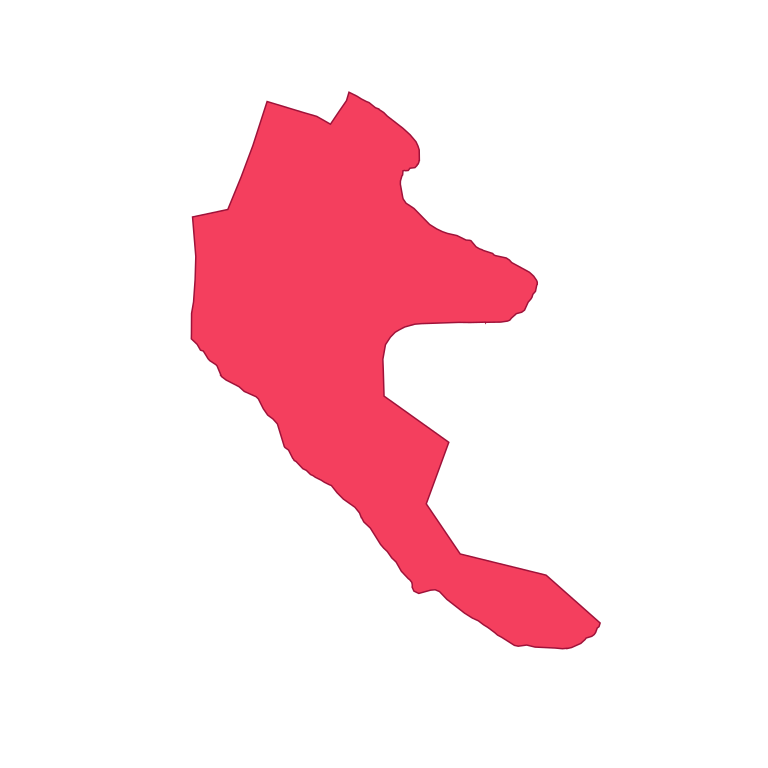 Pango, Shefa, Vanuatu (Mercator projection), rotated 255°
{"feature_id": "77236927B36499931511312", "entity_name": "Pango", "entity_type": "district", "adm_level": 2, "iso_a3": "VUT", "parent_name": "Vanuatu", "parent_adm1": "Shefa", "projection": "mercator", "projection_center": [168.281, -17.771], "detail": "fine", "context": "isolated", "style": "filled", "palette": "rose", "viewbox_px": 768, "rotation_deg": 255, "n_neighbors": 0, "source": "geoboundaries", "source_scale": "gbopen_adm2", "svg_char_len": 2540}
<svg xmlns="http://www.w3.org/2000/svg" viewBox="0 0 768 768"><g transform="rotate(255 384 384)"><path d="M477.5,209.6L470.6,213.8L464.2,215.5L462.6,218.0L458.7,219.2L453.9,220.6L451.6,221.8L446.2,226.6L444.8,227.4L434.6,228.8L434.6,228.5L433.1,229.1L428.7,232.5L418.9,243.3L413.0,247.1L404.8,257.2L402.1,258.8L391.4,261.0L384.1,263.6L382.2,265.1L379.1,267.6L376.0,269.2L373.0,270.7L349.4,271.5L348.3,271.9L344.9,274.7L335.8,276.6L334.6,277.2L333.4,277.4L331.9,279.0L323.2,283.7L320.7,286.6L315.6,289.6L313.8,291.8L311.6,293.6L307.3,298.5L304.5,301.0L300.8,305.2L299.6,306.9L291.0,310.6L283.3,315.0L272.5,324.0L265.7,327.0L260.7,327.5L260.6,327.8L256.0,328.8L248.4,333.5L229.8,339.2L225.4,341.3L221.4,343.8L214.0,346.5L208.9,349.6L198.6,352.3L189.3,357.3L188.7,358.0L185.2,359.5L182.5,359.3L180.4,358.6L176.2,359.3L172.7,363.4L172.8,375.7L172.0,380.2L169.1,383.9L159.7,389.0L141.8,402.5L135.0,408.8L130.9,413.8L125.7,417.8L122.1,421.2L115.1,426.7L112.1,428.7L108.9,432.1L97.8,442.3L96.0,445.8L94.9,454.3L90.8,461.8L84.6,481.2L82.1,487.9L81.4,492.2L81.1,492.2L80.9,497.0L82.5,507.0L85.2,512.2L86.3,513.5L86.5,519.4L87.6,522.2L89.2,524.1L93.1,526.8L93.9,528.8L94.3,529.1L97.2,530.9L157.4,491.1L200.1,413.6L257.3,393.8L310.9,431.5L372.3,380.9L397.2,386.8L408.2,389.3L421.6,395.6L427.6,402.3L431.1,408.2L432.4,412.9L433.7,418.7L433.8,429.3L432.6,435.9L424.1,472.5L421.1,483.1L417.5,497.9L417.0,498.0L417.3,498.2L413.6,512.8L412.8,519.6L413.1,522.0L414.7,524.2L417.7,530.1L417.7,535.6L419.0,538.9L425.7,544.4L428.0,547.8L429.5,549.4L432.1,551.0L434.3,554.3L439.9,557.1L440.5,557.8L442.7,558.4L444.6,558.2L449.4,556.5L454.3,553.4L468.2,538.8L471.3,537.2L474.1,534.7L479.2,524.8L480.1,523.7L482.0,522.7L487.3,514.5L488.4,513.4L489.8,511.3L492.7,508.4L499.9,505.1L500.6,504.0L501.8,500.5L508.5,492.9L513.0,484.3L516.0,479.9L520.3,474.9L525.7,469.9L526.2,469.4L545.8,458.4L552.9,452.1L557.7,450.4L558.1,450.4L559.5,450.4L572.7,451.5L575.8,452.4L580.3,455.1L581.1,456.1L585.0,457.5L585.0,458.9L584.4,460.1L584.0,462.7L585.7,465.0L585.0,469.9L586.6,472.6L587.5,473.0L587.6,473.9L589.6,475.3L590.7,475.7L590.7,476.0L601.0,478.6L605.1,478.4L609.7,477.6L618.0,473.7L626.1,468.5L641.9,456.5L646.3,454.0L650.4,450.3L650.9,450.3L653.1,447.2L659.7,442.4L661.4,440.1L665.2,435.9L668.9,432.5L674.9,425.7L667.4,421.1L658.8,411.0L648.8,399.5L659.9,388.3L667.1,376.4L687.1,344.2L648.3,319.1L621.1,299.7L593.0,278.3L594.9,242.3L555.8,235.2L533.8,228.6L512.6,221.3L502.0,216.4L482.3,211.0L477.5,209.6Z" fill="#f43f5e" stroke="#9f1239" stroke-width="1.5"/></g></svg>